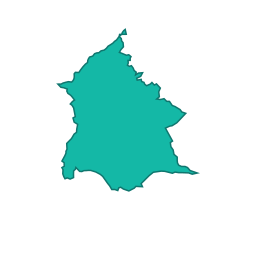 the district of Ibiraiaras, Rio Grande do Sul, Brazil, rotated 126°
{"feature_id": "56859067B62229302377905", "entity_name": "Ibiraiaras", "entity_type": "district", "adm_level": 2, "iso_a3": "BRA", "parent_name": "Brazil", "parent_adm1": "Rio Grande do Sul", "projection": "natural_earth1", "projection_center": [-51.642, -28.366], "detail": "fine", "context": "isolated", "style": "filled", "palette": "teal", "viewbox_px": 256, "rotation_deg": 126, "n_neighbors": 0, "source": "geoboundaries", "source_scale": "gbopen_adm2", "svg_char_len": 2283}
<svg xmlns="http://www.w3.org/2000/svg" viewBox="0 0 256 256"><g transform="rotate(126 128 128)"><path d="M82.2,89.9L83.4,93.9L82.5,96.7L83.0,102.6L83.8,105.4L82.8,108.2L82.1,110.1L83.7,112.4L83.1,116.1L84.7,117.4L86.1,118.8L87.7,121.8L84.3,121.0L80.7,124.4L76.7,125.3L75.6,130.9L77.8,132.0L77.1,135.4L79.4,135.8L82.8,137.8L82.8,140.1L81.7,141.9L82.4,144.3L80.9,145.9L83.9,148.7L82.6,150.2L78.8,148.1L74.7,148.7L77.4,151.8L80.6,153.1L78.0,154.2L77.9,156.8L76.5,159.0L75.6,161.9L77.3,163.1L77.6,165.3L75.3,166.0L73.3,167.7L72.0,166.0L70.2,167.3L68.5,167.5L68.3,170.4L70.1,172.1L71.1,176.5L71.9,179.4L68.9,179.8L65.0,179.4L61.9,182.1L61.3,184.3L59.6,186.0L59.1,189.0L61.4,189.0L63.5,189.0L65.8,189.8L68.2,190.1L70.9,191.1L73.5,192.2L76.1,192.3L78.9,193.0L81.5,195.2L84.2,195.8L85.6,197.4L87.5,198.7L90.6,198.8L93.2,200.8L95.1,200.7L96.9,200.3L98.8,199.2L101.4,200.0L105.0,200.4L108.9,200.5L112.0,200.4L113.9,203.3L115.8,203.4L117.7,201.9L119.5,200.8L121.8,200.3L124.0,200.6L125.5,203.4L127.8,205.4L130.0,207.1L131.8,207.9L133.7,210.5L134.5,206.2L133.2,203.6L132.2,200.0L134.1,199.2L135.3,197.0L135.2,193.6L135.7,191.4L136.8,187.7L139.2,188.5L142.5,188.8L142.5,186.7L143.7,183.8L149.8,177.3L152.2,178.4L154.9,175.0L154.6,170.9L159.0,168.8L161.8,167.1L164.6,168.0L169.8,167.5L176.5,168.5L181.0,164.9L183.3,164.5L184.8,163.4L187.5,162.8L191.2,162.3L193.6,162.0L193.6,159.3L196.4,157.1L198.9,158.2L199.9,156.1L203.4,153.8L205.1,151.3L206.1,149.1L204.1,147.9L203.3,144.8L200.1,142.9L196.9,145.3L194.6,146.8L192.4,146.3L190.6,147.0L191.5,141.6L190.4,139.8L188.4,138.6L187.0,136.8L185.6,135.2L184.2,133.2L182.5,128.2L181.8,123.2L182.0,120.0L184.8,111.8L185.6,108.8L187.3,105.0L185.5,102.5L184.6,99.5L181.9,100.3L180.2,99.1L180.1,95.9L178.4,90.3L173.0,87.6L170.6,87.3L167.0,81.8L165.3,84.7L154.1,82.9L148.9,81.5L143.3,75.7L141.4,72.7L138.5,65.5L136.0,64.0L134.4,60.9L132.4,58.1L128.7,52.6L127.6,48.9L123.7,45.5L125.9,52.8L125.0,56.6L125.6,59.2L127.7,62.2L128.3,65.1L127.2,67.4L125.5,69.0L122.6,71.1L122.3,75.3L119.2,78.6L117.9,82.3L114.9,85.2L112.4,84.3L106.1,97.7L102.0,95.4L100.3,93.7L95.1,91.6L92.2,91.2L82.2,89.9ZM49.9,188.2L51.7,188.7L54.0,188.7L56.0,188.2L53.2,184.5L49.9,188.2ZM56.0,188.2L57.2,189.8L59.1,189.0L56.0,188.2Z" fill="#14b8a6" stroke="#0f766e" stroke-width="1.5"/></g></svg>